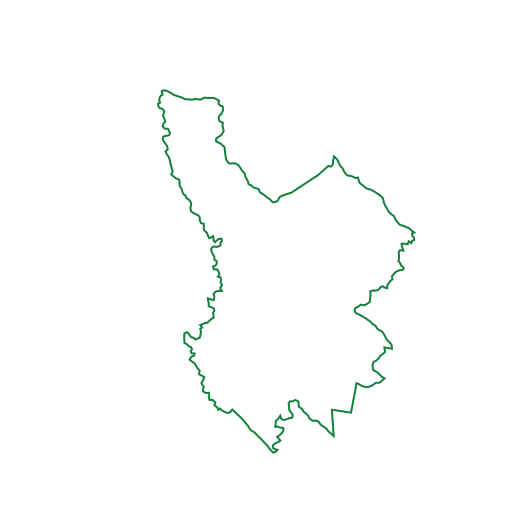 Santa Cruz do Rio Pardo, São Paulo, Brazil (Robinson projection), rotated 317°
{"feature_id": "56859067B25162931464836", "entity_name": "Santa Cruz do Rio Pardo", "entity_type": "district", "adm_level": 2, "iso_a3": "BRA", "parent_name": "Brazil", "parent_adm1": "São Paulo", "projection": "robinson", "projection_center": [-49.573, -22.761], "detail": "fine", "context": "isolated", "style": "outline", "palette": "green", "viewbox_px": 512, "rotation_deg": 317, "n_neighbors": 0, "source": "geoboundaries", "source_scale": "gbopen_adm2", "svg_char_len": 5575}
<svg xmlns="http://www.w3.org/2000/svg" viewBox="0 0 512 512"><g transform="rotate(317 256 256)"><path d="M384.1,268.2L381.9,266.8L381.2,264.7L380.1,262.2L378.5,260.7L377.5,257.7L378.1,254.1L379.2,250.9L379.0,247.8L379.9,244.8L380.9,242.1L381.2,239.7L380.9,236.4L378.7,238.0L376.7,239.4L374.8,241.5L371.7,241.7L370.4,239.5L356.9,239.2L328.1,234.3L325.3,233.9L318.7,230.8L314.4,229.1L312.2,229.4L309.6,230.5L306.5,229.5L304.8,227.9L304.9,224.0L304.1,220.9L303.7,217.3L302.3,212.0L303.5,209.1L302.5,206.8L300.9,204.2L300.5,200.4L299.5,198.6L301.4,195.0L302.1,191.0L303.9,188.5L304.1,183.2L304.9,179.7L305.0,177.5L304.3,174.7L302.5,172.4L300.9,171.5L299.5,169.9L299.5,167.4L300.3,164.5L303.3,160.1L307.2,154.9L306.8,149.6L304.9,144.9L306.9,143.0L308.8,143.1L311.1,143.6L313.2,143.8L315.2,143.4L317.7,142.4L318.8,140.5L320.3,137.9L322.6,136.0L321.3,132.4L322.8,129.6L324.9,128.4L328.1,128.3L330.5,127.3L332.1,126.1L333.7,123.8L332.5,121.8L332.4,118.9L334.9,117.2L333.6,113.3L332.7,111.4L330.5,109.4L328.1,107.1L326.0,104.8L324.1,104.5L322.2,103.9L320.5,101.9L318.1,99.2L316.0,98.3L313.8,95.7L311.2,93.3L310.2,90.2L307.5,85.4L305.9,82.4L304.7,78.1L303.3,74.1L301.2,71.5L299.1,71.4L297.6,74.3L295.8,73.8L293.3,74.6L291.4,76.1L290.5,78.4L288.1,77.9L286.7,79.9L286.5,82.2L287.9,84.5L287.7,87.3L285.7,88.9L283.7,89.8L282.6,93.0L281.5,95.7L278.9,96.0L276.2,97.4L276.1,100.6L278.4,102.9L277.0,107.4L274.9,108.4L272.3,106.9L269.6,105.3L267.4,107.0L266.5,110.1L266.4,113.0L265.6,115.7L264.0,117.9L261.0,117.9L260.1,121.0L259.7,124.2L258.2,127.5L256.4,130.2L255.1,132.8L253.8,135.0L252.9,137.3L249.6,138.5L250.0,141.5L250.4,144.7L251.9,147.6L250.4,150.0L248.1,152.5L247.4,156.0L246.4,158.0L245.1,161.1L245.6,163.8L244.6,165.9L245.3,168.9L244.9,172.4L243.4,174.5L240.7,176.1L239.0,179.2L239.5,181.7L240.4,184.4L241.5,186.9L241.2,189.4L239.1,191.8L238.2,194.4L239.8,196.9L237.7,199.2L236.3,200.5L235.6,202.5L235.9,205.7L234.7,208.6L233.9,211.1L235.7,211.7L238.1,212.2L237.1,214.1L235.6,215.4L235.4,217.9L237.4,217.9L240.2,218.0L242.6,219.7L241.5,221.7L239.3,222.0L237.0,224.0L234.7,223.2L233.0,222.2L231.6,220.2L229.6,219.7L227.7,220.5L226.1,223.5L225.1,228.0L223.1,230.3L223.7,233.1L222.0,234.9L219.7,235.3L217.3,234.4L216.0,237.0L218.5,239.2L217.9,242.1L216.8,244.4L214.0,245.2L215.6,247.4L214.1,249.5L212.0,251.4L211.3,254.2L208.0,254.9L207.1,258.2L204.9,256.1L202.3,254.5L199.2,254.7L197.6,257.6L195.0,259.4L193.4,257.0L192.0,254.2L190.3,256.3L189.2,258.5L187.2,260.4L188.3,263.0L189.6,265.7L188.2,267.4L185.8,268.2L184.6,270.4L182.7,272.2L180.1,271.5L177.1,271.6L174.7,271.5L172.5,270.0L169.9,269.3L168.2,268.4L167.8,271.6L165.6,271.2L164.0,274.0L161.7,275.8L159.0,277.4L156.7,276.4L154.6,275.7L154.7,273.5L153.2,271.1L153.7,267.4L153.5,264.7L151.0,263.7L149.0,265.4L146.2,268.6L144.4,271.0L145.3,273.2L145.3,276.2L146.4,278.6L145.4,280.7L143.2,281.2L142.5,283.4L144.6,285.4L142.7,286.7L139.9,285.6L136.8,286.5L137.2,289.5L137.9,292.5L137.1,296.1L136.6,299.0L136.6,301.4L133.7,303.6L134.8,306.7L135.5,309.3L133.0,310.6L129.6,311.6L128.9,313.6L128.6,316.2L126.4,317.3L124.9,318.8L125.9,322.1L128.3,323.9L126.5,326.3L124.9,327.6L123.9,329.6L126.1,331.5L126.4,335.5L123.8,336.7L124.4,340.3L123.6,342.8L125.6,342.9L125.8,345.6L126.6,348.5L127.9,351.2L130.9,352.7L133.9,352.1L134.8,365.1L134.3,374.9L133.6,378.0L133.5,380.8L134.5,383.4L134.7,387.0L134.4,389.5L134.9,391.7L134.9,395.3L134.9,403.5L134.4,405.9L134.4,408.6L134.4,411.4L137.4,412.8L139.5,412.3L137.9,409.7L137.5,407.6L139.5,406.0L142.1,406.0L144.8,407.1L147.9,407.7L148.1,405.2L148.1,402.6L151.2,403.2L154.8,403.0L157.3,402.1L158.6,400.3L156.4,397.6L155.5,395.5L153.6,394.1L158.2,390.1L161.0,390.2L162.9,389.8L164.8,389.3L163.4,392.7L164.5,394.7L166.8,396.2L169.6,397.2L172.3,399.0L174.6,397.1L175.0,394.0L175.3,391.2L177.7,388.5L179.5,385.8L182.0,385.5L183.5,387.2L186.6,388.1L187.7,391.2L186.5,393.1L184.5,395.2L185.4,399.2L184.6,402.4L185.2,406.2L185.1,408.8L184.4,411.1L185.0,415.2L187.4,417.0L188.7,419.3L188.3,423.7L189.0,426.6L189.7,430.2L189.4,433.3L189.6,436.3L190.1,440.6L206.6,420.2L218.6,435.3L220.2,434.2L235.8,422.8L242.8,417.6L243.8,419.4L244.5,422.5L245.8,425.0L247.7,427.7L249.7,428.8L252.3,429.8L254.7,430.2L257.2,430.4L259.9,432.9L266.5,433.2L265.6,429.9L265.6,426.6L265.2,423.2L264.0,419.3L266.5,415.5L269.6,413.6L272.8,414.5L275.5,414.5L278.5,413.9L280.3,413.8L282.9,414.2L285.1,414.1L286.3,412.1L287.6,410.4L290.5,414.4L292.2,416.6L294.7,413.2L294.7,409.7L294.6,406.8L295.3,403.7L296.2,400.7L296.7,397.6L295.1,392.4L295.8,388.3L294.8,385.7L294.9,382.3L294.2,378.8L293.7,376.3L292.6,372.7L291.6,369.3L290.2,365.9L290.7,363.2L293.1,361.8L295.8,362.7L299.5,363.1L301.6,365.9L305.2,366.9L308.1,367.2L309.6,365.5L311.4,364.1L313.2,362.8L315.3,359.8L317.9,360.8L320.0,363.1L322.0,364.0L323.9,364.2L325.9,363.7L328.0,364.5L328.8,367.3L329.9,369.0L332.1,367.0L335.3,366.3L337.3,365.9L339.9,366.1L341.6,363.6L344.8,363.1L347.8,363.0L351.3,364.3L353.5,366.1L355.5,366.0L355.9,363.9L355.6,361.8L356.6,359.7L356.7,356.9L359.2,355.1L360.8,353.4L363.1,350.3L365.2,349.9L367.4,352.6L368.4,350.7L369.2,348.6L370.8,346.3L373.1,348.3L374.8,350.8L377.7,349.5L378.4,352.5L380.3,351.3L382.3,352.2L384.0,350.4L384.3,347.5L385.5,345.9L387.8,346.8L387.1,343.2L386.9,340.0L385.4,337.2L384.8,335.1L383.4,333.0L382.4,330.6L382.6,326.8L383.1,323.6L384.2,321.1L383.5,318.1L383.2,315.7L383.5,313.1L384.2,310.3L384.9,307.2L385.8,304.5L387.2,302.1L388.4,299.7L388.1,296.6L387.3,293.0L386.5,289.7L385.2,285.6L383.3,282.7L382.6,280.6L382.3,277.5L381.7,273.3L382.9,270.2L384.1,268.2Z" fill="none" stroke="#15803d" stroke-width="2"/></g></svg>